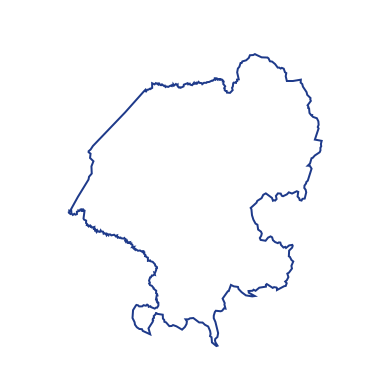 the district of Chon Daen, Phetchabun, Thailand, rotated 12°
{"feature_id": "78962969B86434442004691", "entity_name": "Chon Daen", "entity_type": "district", "adm_level": 2, "iso_a3": "THA", "parent_name": "Thailand", "parent_adm1": "Phetchabun", "projection": "orthographic", "projection_center": [100.793, 16.112], "detail": "fine", "context": "isolated", "style": "outline", "palette": "blue", "viewbox_px": 384, "rotation_deg": 12, "n_neighbors": 0, "source": "geoboundaries", "source_scale": "gbopen_adm2", "svg_char_len": 5982}
<svg xmlns="http://www.w3.org/2000/svg" viewBox="0 0 384 384"><g transform="rotate(12 192 192)"><path d="M248.9,337.0L246.1,334.1L245.3,332.2L245.3,330.9L247.0,328.5L246.9,324.6L241.9,314.2L239.5,310.9L239.0,308.4L239.3,304.7L240.0,303.2L244.9,302.7L246.3,301.7L247.4,299.2L249.0,299.1L247.1,295.3L247.1,293.9L244.1,289.9L247.7,281.6L248.5,281.3L249.4,274.8L252.5,275.6L256.7,275.3L257.7,277.2L261.4,279.7L266.2,281.9L272.6,281.6L275.1,280.7L268.5,278.7L267.9,277.1L271.8,276.0L272.5,274.8L274.7,275.4L277.7,271.6L284.0,269.2L283.6,267.4L284.3,266.5L290.9,269.0L292.0,268.0L294.5,267.9L295.2,268.5L295.5,270.2L301.7,265.0L303.2,264.4L303.6,261.5L301.8,260.2L303.1,258.6L304.0,255.2L302.2,252.0L303.6,250.7L305.7,246.1L304.6,243.6L305.5,238.9L303.5,237.9L301.2,235.1L300.1,234.8L299.2,229.1L301.5,225.6L301.7,223.7L301.1,222.9L298.2,224.0L295.6,227.2L294.6,226.3L293.0,227.3L290.0,225.2L288.9,223.1L287.5,223.2L286.6,224.2L283.7,223.7L281.2,222.3L279.8,219.7L278.1,219.1L275.9,220.8L274.1,224.4L269.1,224.6L267.9,222.9L268.8,220.5L268.9,218.1L267.7,216.4L264.5,215.0L262.8,210.4L260.7,209.7L257.8,206.3L255.5,202.2L253.7,196.5L252.7,195.4L257.3,189.1L257.7,187.1L261.3,183.6L262.3,179.9L264.5,178.0L271.4,181.1L273.0,183.7L273.8,183.0L275.1,183.1L276.2,181.3L274.9,178.4L276.3,175.5L279.1,175.1L280.6,177.0L281.9,177.2L285.3,174.6L286.8,172.2L290.2,172.7L294.3,169.5L295.9,169.8L296.2,174.5L298.2,175.9L299.0,177.5L300.9,177.6L301.5,175.7L303.6,175.0L303.8,168.6L302.7,166.2L301.0,164.7L300.7,162.3L301.8,159.9L301.7,158.6L302.9,156.8L304.1,144.3L301.7,141.8L299.8,142.2L301.5,139.6L301.9,134.1L302.9,133.6L304.6,130.7L308.6,126.6L309.0,124.7L308.4,122.0L308.9,120.4L308.1,118.3L308.2,115.0L301.3,115.2L302.6,103.5L301.5,102.3L301.9,100.0L300.9,96.6L298.8,93.9L294.8,93.4L293.5,92.6L293.5,91.8L292.5,92.0L290.5,90.3L289.1,85.8L288.1,85.6L288.0,84.1L287.0,83.2L289.3,78.2L288.4,76.7L288.4,75.5L284.5,73.0L283.3,70.5L278.6,65.9L277.4,63.5L275.5,62.4L275.1,59.5L267.5,62.5L261.7,63.7L259.6,59.3L259.5,56.1L258.0,55.5L256.1,52.3L254.0,51.9L253.1,52.8L251.5,52.2L250.0,52.5L246.7,49.6L243.3,47.8L241.0,47.9L239.1,45.4L237.9,44.8L232.1,45.8L224.8,44.1L223.4,45.3L220.2,46.2L219.7,49.0L217.6,51.9L214.1,53.8L213.7,55.5L212.7,55.7L212.3,59.7L211.2,61.7L211.3,65.6L214.3,72.1L212.7,72.7L213.2,74.0L212.1,75.2L212.3,76.1L210.1,76.3L209.7,77.0L210.0,80.4L209.5,81.8L210.6,83.9L208.6,87.1L205.5,87.5L204.9,86.0L203.8,86.2L202.7,85.4L202.5,84.0L201.9,83.7L202.5,81.7L200.1,79.8L200.0,77.5L199.2,77.5L199.3,76.8L198.3,75.9L196.3,76.4L196.3,75.6L195.6,75.7L194.1,76.1L193.9,76.9L193.0,76.6L192.6,75.7L191.5,75.8L190.7,76.0L191.1,77.3L190.4,77.2L189.1,78.9L188.5,78.8L185.9,80.8L183.7,81.5L183.4,82.2L181.0,82.7L179.6,84.4L178.8,83.5L176.6,83.7L175.5,82.9L174.3,85.1L173.6,85.3L173.2,84.4L171.7,85.7L171.2,84.8L169.9,87.5L168.0,87.4L167.3,86.5L165.8,87.5L165.1,86.5L161.7,88.7L161.8,90.5L159.2,92.4L158.4,92.0L157.7,92.6L156.1,91.7L155.6,89.9L155.1,90.5L153.8,89.7L152.3,91.6L151.3,90.6L151.4,91.8L150.3,91.6L150.2,92.6L148.9,92.4L146.8,94.2L145.3,94.0L144.3,94.8L143.3,93.6L142.6,94.1L140.3,93.0L140.0,93.8L138.8,94.0L137.3,92.6L136.1,92.9L136.3,93.8L134.0,93.0L133.0,94.5L130.4,93.9L131.4,98.5L129.9,99.9L129.5,99.6L127.9,101.1L126.8,101.3L126.2,103.2L125.4,103.1L125.0,102.0L124.1,103.4L110.1,127.9L85.5,167.6L84.0,171.5L82.4,173.6L82.6,174.6L84.8,175.6L85.2,179.9L89.2,182.4L88.3,187.8L90.1,194.8L88.1,198.5L88.2,201.3L81.4,220.5L77.3,233.9L77.9,235.9L77.2,235.4L75.8,235.6L76.4,237.1L75.0,238.0L76.1,237.7L77.6,238.8L78.5,238.0L80.2,239.2L81.4,237.8L82.6,238.4L84.0,237.6L83.5,235.2L85.4,234.1L85.0,233.6L86.2,233.4L86.5,232.3L87.5,231.9L87.8,232.4L88.4,232.0L88.4,233.4L89.0,233.3L89.2,232.0L89.7,232.0L90.2,232.9L90.8,232.8L91.4,240.5L92.1,241.4L94.4,242.0L94.8,244.4L96.0,245.1L96.0,246.2L97.0,246.0L97.4,246.7L98.1,246.4L98.3,247.0L99.5,246.0L100.2,247.1L100.8,246.7L101.7,247.6L103.7,246.5L103.8,248.5L104.7,248.2L105.2,249.8L106.2,249.2L106.1,250.0L107.0,251.0L107.6,249.4L108.4,250.1L110.1,250.2L110.6,248.6L111.2,249.4L113.2,249.3L114.1,251.0L114.6,250.4L115.8,251.0L116.4,250.5L117.4,252.0L117.9,250.8L119.2,251.6L119.2,250.8L121.0,250.5L122.1,251.2L124.7,250.0L126.3,250.9L127.6,250.1L127.5,251.2L128.1,251.0L128.8,252.0L129.4,251.4L130.5,252.0L131.6,251.4L132.3,252.0L134.6,251.8L135.3,251.2L135.5,251.7L136.7,251.7L137.1,252.7L136.7,253.5L137.8,254.6L138.5,253.1L139.7,254.7L141.0,254.2L140.5,255.1L143.3,254.8L143.4,255.7L144.6,256.0L145.2,257.5L144.9,258.3L146.4,257.8L146.0,258.4L146.8,258.7L146.5,259.3L148.4,260.3L148.5,259.5L151.4,260.7L153.3,260.0L155.9,260.9L156.0,260.1L156.9,259.9L157.4,260.5L156.7,260.8L157.8,261.0L157.5,261.8L157.9,262.4L159.3,263.0L159.4,264.4L160.1,264.2L160.9,265.1L162.5,265.4L163.2,268.5L165.1,267.7L165.3,268.3L168.1,268.5L170.9,270.5L171.3,271.7L173.3,272.7L173.6,273.7L172.8,274.3L173.2,275.5L172.6,279.1L172.0,278.9L172.9,280.7L172.3,280.6L170.9,282.0L170.1,282.0L169.5,284.0L168.8,284.2L168.4,287.6L169.7,289.6L169.1,290.4L170.3,291.8L172.2,292.1L174.6,294.0L174.5,294.5L177.5,296.0L177.9,298.5L179.0,299.0L179.7,300.4L179.0,300.6L179.1,304.3L179.9,304.2L180.3,305.4L180.0,305.8L181.7,307.0L181.2,307.4L182.4,308.3L182.7,310.2L181.9,312.4L181.0,312.5L179.8,313.8L175.8,313.1L175.1,312.4L173.5,313.3L172.6,311.9L171.5,311.5L170.6,312.8L168.1,312.8L167.1,314.2L164.1,314.9L162.9,314.1L161.2,314.0L160.8,314.5L158.9,319.8L160.0,327.6L162.9,331.3L163.8,333.6L166.2,335.8L169.0,336.9L171.6,336.6L172.7,338.1L180.7,339.9L177.8,334.4L180.5,327.3L180.7,325.6L180.1,325.3L180.1,323.9L181.0,323.0L180.4,321.3L181.8,319.2L182.0,317.1L182.3,318.0L183.7,318.4L188.9,318.1L189.9,321.9L191.4,322.9L192.0,324.7L193.7,324.9L197.7,327.9L199.9,327.3L201.1,326.1L204.7,326.6L210.9,328.7L213.1,325.5L214.1,322.3L213.9,319.6L212.2,317.9L214.9,317.3L216.3,316.0L219.5,315.0L226.1,318.1L229.5,317.5L232.3,319.2L235.8,320.2L238.6,324.2L239.7,327.0L239.6,329.2L241.3,330.0L242.8,335.0L247.9,337.6L248.9,337.0Z" fill="none" stroke="#1e3a8a" stroke-width="2"/></g></svg>